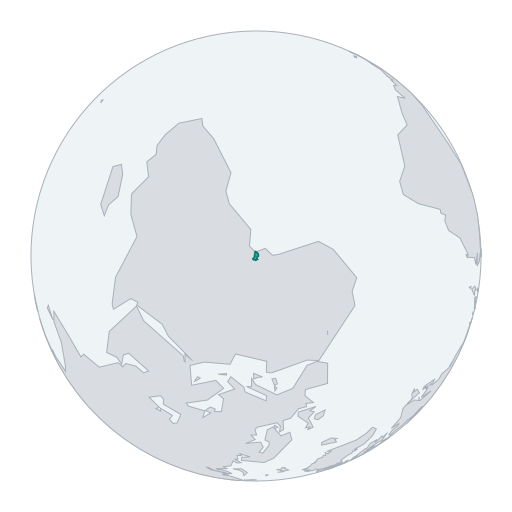 Cross River highlighted on a globe, orthographic projection, rotated 171°
{"feature_id": "NGA-2847", "entity_name": "Cross River", "entity_type": "State", "adm_level": 1, "iso_a3": "NGA", "parent_name": "Nigeria", "parent_adm1": "", "projection": "orthographic", "projection_center": [8.541, 5.798], "detail": "fine", "context": "on_globe", "style": "filled", "palette": "teal", "viewbox_px": 512, "rotation_deg": 171, "n_neighbors": 0, "source": "natural_earth", "source_scale": "10m", "svg_char_len": 9393}
<svg xmlns="http://www.w3.org/2000/svg" viewBox="0 0 512 512"><g transform="rotate(171 256 256)"><circle cx="256" cy="256" r="225" fill="#eef3f6" stroke="#a8b0b8"/><path d="M173.0,46.6L177.5,44.9L181.9,43.3L185.8,41.9L187.1,41.6L180.8,43.8L179.3,44.3L178.1,44.8L174.4,46.2L176.9,45.3L169.2,48.5L178.7,45.0L174.0,47.3L168.4,49.5L166.6,49.7L153.0,55.6L173.0,46.6ZM134.1,66.5L127.3,71.9L121.3,76.2L114.9,81.7L119.2,78.7L125.8,73.5L132.2,70.1L139.5,64.9L143.2,63.0L151.5,58.1L152.7,58.7L149.3,62.1L142.4,66.4L140.8,68.4L149.3,64.5L138.4,73.7L134.6,82.3L131.5,85.1L121.9,89.0L116.8,87.5L104.4,95.4L114.9,90.4L107.0,98.7L106.7,100.5L108.6,100.5L112.5,97.6L110.3,100.8L99.1,106.2L100.9,103.3L104.5,101.4L102.0,101.1L94.4,106.0L91.0,110.5L83.1,115.3L80.6,118.8L77.4,122.2L82.0,116.1L73.6,127.5L63.8,139.1L52.2,160.9L60.9,143.4L61.5,142.3L71.0,127.4L81.6,113.3L93.3,100.1L106.0,87.9L119.7,76.7L134.1,66.5ZM33.7,219.6L33.5,220.7L34.0,219.3L34.0,224.1L36.4,215.5L39.2,211.5L36.8,224.5L40.2,213.2L40.4,220.1L47.4,221.8L46.3,224.6L51.8,242.0L61.7,251.0L64.0,261.1L62.4,266.8L66.7,269.3L66.8,273.2L87.4,282.3L100.9,293.7L102.4,307.3L94.9,321.7L97.1,353.4L86.2,361.8L89.4,374.3L91.3,391.3L83.9,388.4L92.3,398.2L93.3,402.9L90.2,402.3L95.0,408.6L93.0,408.1L98.2,412.8L103.0,419.9L111.1,427.0L116.7,432.6L122.1,436.7L121.2,436.2L122.4,437.3L125.3,439.4L120.9,436.2L106.1,424.2L103.4,421.7L102.5,420.9L101.2,419.6L91.5,409.6L93.1,411.6L78.1,393.9L68.7,379.5L48.1,336.0L44.3,326.7L39.0,314.8L32.4,283.5L31.7,277.1L31.1,267.1L30.8,260.3L31.9,242.7L33.5,224.9L33.6,221.9L32.5,228.1L32.9,224.4L33.7,219.6ZM47.6,170.3L48.8,168.4L46.4,181.0L44.6,181.3L45.5,179.5L46.8,174.5L48.1,169.6L47.6,170.5L47.6,170.3ZM54.9,157.0L55.1,155.9L55.4,156.1L54.9,157.0ZM150.3,58.3L150.9,58.2L149.0,59.1L150.3,58.3ZM153.4,56.4L150.8,57.5L151.9,56.8L153.5,56.1L153.4,56.4ZM156.3,55.3L154.2,55.5L156.1,54.3L163.7,50.9L156.3,55.3ZM181.6,43.4L178.1,44.6L179.0,44.3L181.6,43.4ZM194.4,39.3L195.4,39.1L192.8,39.8L187.6,41.4L194.4,39.3ZM192.0,40.1L196.0,39.0L194.1,39.7L188.2,41.3L192.0,40.1ZM189.8,42.5L189.4,42.1L192.7,41.0L189.8,42.5ZM197.6,38.6L198.2,38.4L199.5,38.0L201.7,37.6L197.6,38.6ZM207.7,36.1L200.5,38.1L200.4,38.8L197.4,39.8L198.2,38.5L207.7,36.1ZM206.4,36.3L206.5,36.3L202.7,37.2L200.3,37.7L206.4,36.3ZM208.4,36.1L210.1,35.7L208.9,36.0L208.4,36.1ZM214.8,34.5L214.7,34.5L214.8,34.5ZM214.5,34.8L212.1,35.3L210.4,35.6L214.5,34.8ZM215.2,34.5L217.8,34.0L211.2,35.4L214.5,34.6L215.2,34.5ZM217.0,34.1L216.8,34.2L216.6,34.2L217.0,34.1ZM222.4,33.8L214.4,35.4L210.6,35.8L218.8,34.1L222.4,33.8ZM122.3,437.3L126.0,439.9L122.7,437.2L131.1,442.6L132.2,443.9L122.7,437.6L122.3,437.3ZM125.4,437.1L125.7,436.0L127.7,437.2L128.0,438.3L125.4,437.1ZM476.5,209.7L478.3,219.7L478.5,220.6L479.5,228.0L479.2,225.7L476.8,211.5L471.5,191.3L471.9,195.7L469.4,187.5L462.1,171.9L461.4,178.1L461.8,201.4L465.9,222.9L464.3,233.0L452.3,203.5L444.7,183.6L441.7,186.1L428.2,170.7L408.8,172.2L404.9,167.3L401.5,170.2L391.8,166.0L385.3,158.2L380.0,159.2L397.0,179.9L402.6,179.0L405.5,170.0L409.4,177.8L418.6,184.1L412.7,204.5L381.9,225.2L377.0,209.4L343.4,168.6L343.4,163.9L343.1,163.4L342.6,162.5L341.5,170.2L335.1,162.5L355.1,190.6L359.3,203.3L381.5,226.2L379.9,228.8L386.5,233.5L405.1,225.7L405.6,231.1L398.0,257.1L370.5,293.8L373.1,316.8L369.2,336.8L349.7,351.1L349.1,366.1L338.7,372.0L336.4,380.6L326.7,390.0L311.4,399.2L287.9,400.3L288.2,392.7L279.3,378.2L267.7,342.1L275.6,324.9L274.2,311.8L257.0,283.1L260.9,266.7L255.8,260.0L245.6,262.0L239.5,254.1L233.2,254.1L192.1,260.7L178.6,250.4L159.9,218.8L166.6,206.0L166.0,191.5L210.3,142.9L221.8,145.2L259.0,138.1L264.0,139.6L261.9,150.3L291.6,162.4L298.6,153.1L323.3,159.3L338.3,158.3L339.8,138.4L315.1,139.4L308.7,130.3L326.7,121.3L347.9,121.7L346.0,118.2L330.8,111.0L333.8,104.7L325.3,108.1L330.1,111.4L324.9,114.0L320.2,111.2L321.4,108.9L314.5,107.7L310.4,120.2L314.8,124.9L297.8,128.0L303.7,136.4L299.7,140.7L288.4,128.2L288.1,123.5L268.6,111.3L267.4,116.4L285.7,128.6L280.8,127.7L279.4,135.8L276.6,129.1L257.0,115.5L240.4,119.5L222.5,140.1L212.1,142.3L202.0,138.9L205.3,118.9L228.1,116.4L229.5,110.3L222.2,102.3L229.8,102.6L229.6,99.3L237.9,98.5L247.0,90.4L255.0,89.3L256.0,80.2L260.3,78.6L258.5,84.3L261.5,88.0L281.3,86.7L284.3,84.7L283.4,79.1L288.9,79.9L285.5,74.8L295.6,72.5L280.4,71.4L278.8,66.0L283.5,61.9L280.3,60.2L272.7,67.0L272.1,70.1L276.0,72.9L272.0,82.5L265.8,84.5L259.6,74.5L250.1,76.6L249.4,68.8L270.4,53.4L280.4,50.8L302.4,56.4L301.6,59.3L293.3,58.5L303.3,63.6L301.4,61.0L306.0,62.1L305.7,58.1L308.9,58.7L303.1,54.2L307.1,54.5L310.7,57.3L313.6,52.7L321.2,53.0L320.3,51.8L317.2,50.4L328.8,52.3L327.6,51.4L323.3,50.3L318.2,47.9L313.7,44.8L318.0,45.6L320.2,46.8L331.2,51.1L336.4,54.9L337.7,55.0L334.2,52.0L320.7,46.6L316.8,44.6L323.4,46.7L320.7,45.7L320.1,45.0L323.5,45.2L316.3,42.9L303.8,36.5L309.1,37.2L316.3,39.2L314.0,38.3L329.8,43.2L345.3,49.2L360.3,56.3L374.6,64.5L388.4,73.7L401.4,84.0L413.7,95.1L425.1,107.1L435.6,120.0L445.1,133.5L453.6,147.8L461.0,162.6L467.3,177.9L472.5,193.6L476.5,209.7ZM197.6,166.9L197.0,171.2L197.6,166.9ZM372.3,133.0L383.7,133.2L375.1,121.6L378.8,121.0L374.5,117.6L374.4,120.8L363.5,111.7L367.1,108.2L364.0,103.6L360.0,103.4L355.1,111.3L370.7,124.1L369.6,129.0L372.3,133.0ZM47.7,221.7L48.3,224.5L46.9,224.2L47.7,221.7ZM42.6,186.3L42.9,187.0L42.5,189.1L42.0,189.5L42.6,186.3ZM49.1,190.2L50.2,191.8L48.3,192.3L49.1,190.2ZM46.4,182.7L48.1,189.4L44.6,192.0L43.8,188.1L45.3,187.7L46.4,182.7ZM51.4,163.9L51.2,165.0L50.2,167.2L51.4,163.9ZM55.2,157.3L55.8,155.4L55.2,157.3ZM107.7,98.4L108.5,98.1L109.6,98.8L107.6,99.9L107.7,98.4ZM123.8,95.1L120.0,100.4L121.3,97.1L117.7,99.2L116.0,95.4L129.9,86.4L123.9,90.9L123.8,95.1ZM117.6,88.8L117.1,91.6L117.1,88.9L117.6,88.8ZM220.3,84.6L223.9,86.2L222.0,89.9L211.8,93.2L214.5,87.7L220.3,84.6ZM229.6,87.8L226.3,78.0L232.5,76.2L229.6,78.8L234.1,78.5L230.5,82.7L239.7,91.3L238.6,95.2L220.3,98.0L226.9,94.7L222.9,93.0L229.6,87.8ZM206.9,62.4L205.5,59.8L220.8,58.9L220.3,61.5L210.1,64.5L204.6,63.2L206.9,62.4ZM170.1,50.0L168.6,50.2L170.3,49.4L173.0,48.6L170.1,50.0ZM189.3,42.4L178.5,48.5L176.2,49.0L172.6,52.9L165.2,55.8L167.8,53.0L159.4,58.6L158.8,57.2L153.8,61.1L160.3,54.5L159.4,54.1L163.2,53.4L170.0,50.6L172.7,49.3L179.6,45.5L181.1,43.9L188.1,41.5L192.6,40.3L193.3,40.3L188.6,41.7L193.0,40.7L186.6,42.9L189.3,42.4ZM242.0,36.2L236.2,36.3L243.9,37.7L237.6,38.6L238.9,38.7L235.2,40.1L233.0,42.2L229.8,42.5L230.3,43.2L227.8,44.4L227.5,45.7L221.6,46.9L220.7,48.6L218.4,48.2L218.4,51.0L215.8,49.5L212.4,51.4L216.7,51.9L186.1,58.4L175.2,63.4L167.6,68.7L164.2,66.3L169.2,60.2L178.5,53.5L189.4,49.5L185.9,49.5L190.1,47.7L191.1,48.4L192.1,46.4L195.8,45.2L204.1,41.2L203.1,39.7L206.1,38.5L208.4,38.6L209.8,37.4L216.1,36.8L218.4,36.1L226.9,35.2L229.9,36.2L232.2,35.4L238.8,35.1L242.0,36.2ZM224.7,33.5L229.8,33.8L228.8,34.7L214.4,36.1L211.4,36.8L202.2,38.4L203.8,37.3L206.3,36.9L209.1,36.3L207.5,36.9L210.9,36.0L214.4,35.5L218.0,34.7L218.7,34.9L224.7,33.5ZM268.5,135.5L272.1,135.8L277.5,135.0L276.7,140.5L268.5,135.5ZM254.9,126.3L258.0,125.5L259.4,132.1L255.7,132.1L254.9,126.3ZM258.4,119.8L258.0,124.9L256.0,122.1L258.4,119.8ZM261.2,83.5L264.4,82.6L265.2,83.9L264.0,85.9L261.2,83.5ZM263.7,42.9L260.5,42.2L261.1,41.8L257.3,39.6L261.7,39.1L265.7,40.3L263.7,42.9ZM336.3,141.9L332.7,145.9L330.1,144.2L331.9,143.1L336.3,141.9ZM303.8,143.0L311.9,145.2L303.5,144.5L303.8,143.0ZM267.8,42.0L265.7,41.1L269.2,41.5L267.8,42.0ZM264.7,38.7L268.6,39.0L261.8,38.8L264.7,38.7ZM385.5,431.6L384.3,433.9L382.3,434.4L385.5,431.6ZM401.3,331.2L383.3,366.7L374.6,367.5L374.9,357.5L382.9,336.3L393.7,329.5L399.5,319.6L401.3,331.2ZM481.2,252.2L479.9,235.9L480.3,235.9L480.7,239.9L481.2,252.2ZM466.6,224.8L470.2,237.3L468.9,239.8L466.6,224.8ZM302.3,41.0L302.6,44.2L305.8,47.1L312.1,49.4L303.4,48.0L298.5,43.4L302.3,41.0ZM303.1,36.8L297.6,35.5L299.8,35.7L301.4,36.0L303.1,36.8ZM299.9,36.2L293.5,35.5L290.2,34.6L296.0,35.3L299.9,36.2ZM280.8,37.5L280.6,38.3L277.8,37.9L280.8,37.5Z" fill="#d9dde1" stroke="#a8b0b8" stroke-width="1"/><path d="M259.7,253.6L259.4,253.9L259.2,253.9L259.1,254.0L259.0,254.3L258.9,254.4L258.3,254.8L258.0,255.2L257.9,255.3L257.8,255.5L257.7,255.6L257.4,255.6L257.2,255.8L257.2,256.0L257.3,256.1L257.2,256.3L257.1,256.5L257.3,256.6L257.4,256.8L257.3,257.0L257.2,257.1L257.2,257.3L257.2,257.5L257.1,257.8L257.1,258.0L257.0,258.5L256.9,258.6L256.7,258.8L256.7,259.0L256.4,259.4L256.4,259.5L256.2,259.6L256.3,259.7L256.3,259.8L256.2,259.9L256.0,260.0L256.0,260.3L255.9,260.3L255.7,260.3L255.7,260.2L255.8,260.2L255.7,260.1L255.5,259.9L255.5,259.7L255.5,259.9L255.4,259.9L255.2,259.8L255.1,259.7L254.9,259.5L254.9,259.4L254.7,259.3L254.7,259.2L254.8,259.4L254.8,259.5L255.0,259.7L254.9,259.8L255.0,259.9L255.0,260.0L254.9,259.9L254.4,259.4L254.3,259.2L254.2,259.0L254.1,258.8L254.1,258.3L254.1,258.2L253.9,258.1L253.6,258.1L253.4,258.0L253.4,257.8L253.5,257.7L253.5,257.2L253.4,256.8L253.5,256.6L253.4,256.4L253.5,256.2L253.6,255.9L253.8,255.6L253.7,255.3L253.8,255.2L254.1,255.2L254.2,255.4L254.3,255.4L254.5,255.2L254.8,255.1L255.0,254.7L255.4,254.3L255.4,254.0L255.3,253.9L255.6,253.6L255.5,253.4L255.4,253.2L255.2,252.9L255.0,252.5L255.3,252.5L255.4,252.4L255.5,252.3L255.8,252.3L256.0,252.3L256.3,252.2L256.3,251.9L256.6,251.7L256.9,251.7L257.2,251.8L257.6,252.1L257.7,252.3L257.7,252.5L257.8,252.6L258.1,252.6L258.7,252.5L259.0,252.7L259.5,253.2L259.6,253.4L259.7,253.6L259.7,253.6Z" fill="#14b8a6" stroke="#0f766e" stroke-width="1.5"/></g></svg>